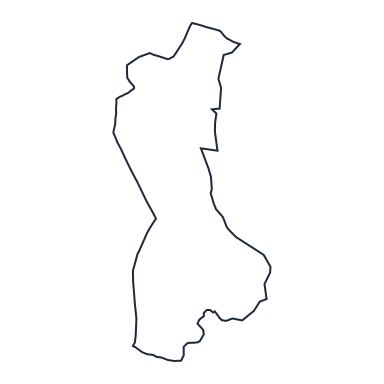 Al-Shamiya, Al-Qādisiyyah, Iraq
{"feature_id": "34846034B85923649366484", "entity_name": "Al-Shamiya", "entity_type": "district", "adm_level": 2, "iso_a3": "IRQ", "parent_name": "Iraq", "parent_adm1": "Al-Qādisiyyah", "projection": "orthographic", "projection_center": [44.634, 31.867], "detail": "fine", "context": "isolated", "style": "outline", "palette": "slate", "viewbox_px": 384, "rotation_deg": 0, "n_neighbors": 0, "source": "geoboundaries", "source_scale": "gbopen_adm2", "svg_char_len": 1794}
<svg xmlns="http://www.w3.org/2000/svg" viewBox="0 0 384 384"><path d="M239.9,44.0L238.1,43.5L233.4,41.9L229.2,39.6L226.9,38.4L224.3,36.0L220.7,31.5L219.2,30.6L216.8,29.9L211.4,28.4L207.8,27.5L202.4,25.8L197.3,24.3L192.0,23.0L189.8,26.5L186.9,33.3L185.1,37.6L182.4,43.0L175.2,54.1L173.4,56.6L168.8,59.0L167.8,59.2L163.5,57.8L158.2,56.1L153.6,54.8L150.8,53.6L149.7,53.1L145.0,54.8L139.0,57.0L133.3,60.9L128.1,64.5L126.9,65.3L127.1,74.7L127.3,77.9L130.0,82.0L134.1,86.6L133.9,88.8L132.0,89.8L127.7,93.2L125.2,94.1L122.8,95.6L119.7,96.8L116.4,99.0L116.4,103.6L116.0,109.2L116.2,113.5L115.5,117.7L115.1,124.7L113.5,131.3L113.5,133.2L115.1,136.6L117.4,142.4L120.8,148.7L125.2,158.2L131.3,170.8L137.3,182.0L144.9,197.8L146.8,201.7L152.7,212.3L156.0,218.6L153.1,222.9L152.1,224.5L149.2,229.1L146.5,234.2L144.3,239.3L139.5,250.2L137.5,254.1L134.8,264.0L133.7,268.1L132.9,270.6L132.9,271.8L133.1,281.2L134.9,303.8L136.4,318.4L136.0,329.3L135.7,335.4L134.9,342.4L133.0,345.8L133.0,346.2L133.3,346.3L135.1,347.0L142.0,352.1L147.0,354.2L153.1,354.9L156.4,356.8L161.4,357.5L167.9,360.0L174.4,361.0L181.1,360.7L183.7,355.4L183.7,346.8L187.8,342.9L194.3,342.7L198.3,342.2L200.2,340.6L203.8,334.3L203.2,329.9L197.5,323.7L199.4,319.5L203.8,316.2L203.8,313.0L206.7,310.0L210.1,310.0L213.2,312.5L214.8,311.4L219.5,317.8L221.9,320.2L226.1,320.9L232.4,318.5L242.2,320.4L253.9,310.9L259.8,301.6L266.6,299.0L264.5,284.1L270.1,272.6L270.5,266.9L263.7,254.9L258.0,251.2L236.2,237.2L229.4,230.4L228.6,229.4L226.9,227.3L222.9,217.1L216.0,209.2L213.6,203.0L210.7,193.3L211.8,188.8L210.9,176.6L208.5,168.5L200.9,148.3L217.5,150.7L214.9,131.8L215.1,122.7L216.4,113.5L212.0,109.4L216.6,108.8L219.6,108.7L221.1,87.9L218.4,78.8L223.7,55.0L231.9,52.6L239.2,44.7L239.9,44.0Z" fill="none" stroke="#1e293b" stroke-width="2"/></svg>